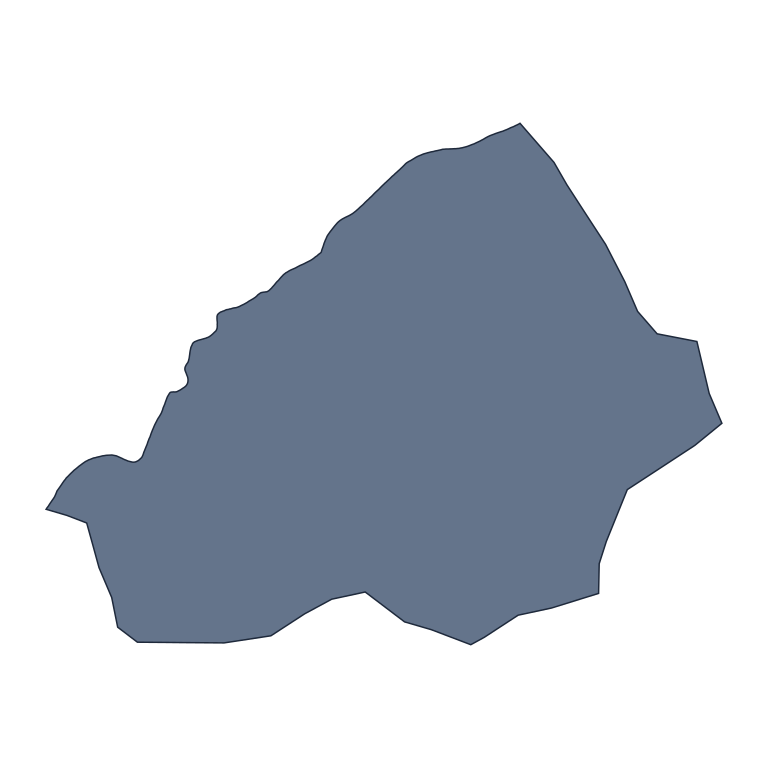 Uiju, P'yŏngan-bukto, North Korea
{"feature_id": "82179303B2030756807209", "entity_name": "Uiju", "entity_type": "district", "adm_level": 2, "iso_a3": "PRK", "parent_name": "North Korea", "parent_adm1": "P'yŏngan-bukto", "projection": "orthographic", "projection_center": [124.548, 40.203], "detail": "fine", "context": "isolated", "style": "filled", "palette": "slate", "viewbox_px": 768, "rotation_deg": 0, "n_neighbors": 0, "source": "geoboundaries", "source_scale": "gbopen_adm2", "svg_char_len": 5754}
<svg xmlns="http://www.w3.org/2000/svg" viewBox="0 0 768 768"><path d="M721.9,423.3L709.2,393.5L696.9,341.5L657.1,333.8L637.6,311.4L624.8,281.7L605.6,244.4L586.2,214.6L566.9,184.8L554.0,162.4L520.0,123.3L519.4,123.7L517.3,124.8L515.5,125.6L513.6,126.6L510.7,127.7L508.7,128.7L506.7,129.6L504.9,130.3L502.8,131.2L500.7,131.8L498.9,132.4L497.4,132.9L495.6,133.5L493.9,134.2L491.7,135.0L489.9,135.7L488.0,136.6L486.3,137.5L484.9,138.3L483.3,139.3L481.7,140.1L479.9,141.1L478.2,141.9L476.2,142.8L474.2,143.8L471.9,144.6L469.7,145.5L467.6,146.3L465.6,146.9L463.6,147.4L462.1,147.8L460.7,148.0L459.0,148.4L457.3,148.5L455.8,148.7L454.3,148.7L452.7,148.8L450.8,148.9L450.1,148.9L448.5,149.0L446.2,149.0L444.3,149.2L442.5,149.3L440.9,149.8L439.0,150.2L437.3,150.6L435.1,151.0L433.4,151.5L431.0,151.9L429.2,152.4L427.5,152.8L425.9,153.3L424.0,153.8L422.4,154.4L421.1,155.0L419.3,155.7L417.9,156.3L416.9,156.8L415.6,157.5L414.2,158.4L412.7,159.3L411.1,160.3L409.6,161.1L408.8,161.5L407.8,162.1L406.6,162.9L405.5,163.8L404.5,164.9L403.3,166.1L402.2,167.2L401.0,168.3L399.7,169.6L398.3,170.8L396.7,172.3L395.3,173.5L393.8,175.0L392.2,176.3L390.7,177.8L389.4,179.1L388.3,180.1L387.3,181.0L386.3,182.0L385.0,183.1L383.8,184.3L382.5,185.5L381.4,186.6L380.2,187.8L379.1,189.0L377.8,190.2L376.8,191.1L375.5,192.3L374.0,193.8L372.4,195.5L371.3,196.6L369.8,197.9L368.5,199.3L367.3,200.3L366.6,201.0L365.2,202.3L363.9,203.7L362.7,204.9L361.4,206.0L359.8,207.4L358.5,208.7L357.1,209.9L355.9,211.0L354.5,212.1L353.1,213.2L351.7,214.1L350.2,215.0L348.7,215.8L347.2,216.5L345.5,217.3L344.0,218.1L342.3,219.0L340.2,220.4L338.7,221.6L337.5,222.7L336.2,224.2L334.9,225.7L333.7,227.2L332.6,228.6L331.4,230.2L330.3,231.5L329.4,232.8L328.4,234.2L327.5,235.5L326.7,237.1L326.1,238.6L325.4,240.0L324.8,241.6L324.1,243.3L323.5,245.3L322.9,247.1L322.3,248.7L321.7,250.4L321.3,252.0L320.9,252.6L320.2,253.2L319.4,253.8L318.4,254.5L317.6,255.3L316.8,256.0L315.5,256.8L314.2,257.9L313.0,258.8L311.7,259.7L310.2,260.6L308.6,261.4L307.2,262.1L305.8,262.8L304.5,263.5L302.8,264.3L301.4,264.9L300.0,265.5L298.5,266.3L296.8,267.2L295.6,267.9L294.0,268.6L292.6,269.2L291.2,269.8L290.0,270.4L288.7,271.1L287.4,272.0L286.0,272.7L284.9,273.6L283.7,274.5L282.9,275.3L282.1,276.2L281.3,277.0L280.6,277.8L279.8,278.7L279.1,279.6L278.3,280.5L277.2,281.5L276.2,282.6L275.4,283.6L274.2,285.1L273.2,286.2L272.2,287.3L271.5,288.2L270.6,289.0L269.7,289.9L268.8,290.7L267.8,291.3L266.8,291.8L265.7,291.9L264.4,292.1L263.4,292.2L262.3,292.4L261.3,292.6L260.4,293.0L259.6,293.6L258.7,294.2L257.8,294.9L256.9,295.9L256.0,296.7L255.2,297.4L254.5,297.8L253.4,298.6L251.8,299.5L250.3,300.4L248.7,301.3L247.2,302.4L245.4,303.4L244.0,304.2L242.5,304.9L241.0,305.6L239.6,306.4L238.3,306.9L237.3,307.3L236.3,307.6L235.2,307.8L234.1,307.9L232.7,308.2L231.5,308.6L230.5,308.9L229.5,309.0L228.5,309.4L227.8,309.5L226.8,309.6L225.9,309.9L225.1,310.3L224.1,310.8L223.0,311.1L221.7,311.7L220.7,312.0L219.9,312.5L219.3,313.0L218.7,313.4L218.1,314.0L217.5,314.8L217.2,315.7L217.0,316.5L217.0,317.4L217.0,318.8L217.1,320.5L217.3,322.1L217.3,323.3L217.2,324.6L217.3,325.8L217.2,327.0L217.1,328.3L216.7,329.3L216.4,330.1L216.0,330.8L215.3,331.5L214.5,332.2L213.8,332.9L212.9,333.8L212.1,334.5L211.3,335.2L210.4,335.9L209.2,336.7L208.1,337.3L206.9,337.7L205.8,338.2L204.3,338.6L202.2,339.2L200.9,339.6L199.9,339.8L198.9,340.1L198.2,340.3L197.2,340.7L196.2,341.1L195.3,341.5L194.5,341.8L193.9,342.3L193.3,342.7L192.9,343.3L192.4,344.0L192.1,344.9L191.7,345.7L191.2,346.7L190.8,347.8L190.6,348.9L190.3,350.2L190.0,351.9L189.8,353.4L189.6,355.0L189.4,356.4L189.2,358.0L188.9,359.2L188.7,359.9L188.5,360.8L188.2,361.7L187.8,362.6L187.2,363.4L186.7,364.1L186.2,364.9L185.7,365.9L185.3,366.7L185.0,367.6L184.9,368.6L184.9,369.0L184.9,369.7L185.1,370.5L185.5,371.6L186.0,372.8L186.4,373.8L186.6,374.5L187.0,375.5L187.5,376.7L187.8,377.9L188.0,379.2L188.0,380.6L187.9,381.8L187.6,383.0L187.3,383.8L186.8,384.7L186.2,385.6L185.6,386.2L184.8,386.9L184.0,387.5L183.0,388.1L182.0,388.8L181.0,389.5L180.0,390.1L179.0,390.6L178.0,391.1L177.1,391.6L176.0,391.9L174.3,392.0L173.6,391.9L172.5,392.0L171.2,392.1L170.3,392.4L169.8,392.9L169.1,393.9L168.3,395.3L167.5,396.6L166.8,398.3L166.2,400.0L165.4,402.1L164.8,404.0L163.9,406.1L163.1,408.0L162.5,410.1L162.1,411.1L161.3,413.1L160.4,414.7L159.4,416.4L158.4,417.9L157.5,419.4L156.6,421.2L155.5,423.3L154.7,424.9L154.0,426.5L153.3,428.2L152.5,430.0L151.9,431.6L151.2,433.3L150.6,435.1L150.0,436.9L149.1,438.7L148.4,440.6L147.8,442.1L147.3,443.8L146.8,445.1L146.1,446.7L145.5,448.2L144.9,449.7L144.3,451.2L143.8,452.3L143.4,453.7L142.9,455.1L142.3,456.4L141.6,457.6L140.6,458.5L139.5,459.6L138.1,460.7L136.7,461.4L135.6,461.9L134.5,462.1L133.1,462.2L131.9,462.0L129.9,461.5L127.9,461.0L126.1,460.2L124.5,459.6L123.2,459.0L122.1,458.4L120.5,457.7L119.2,457.1L117.8,456.5L116.5,455.9L115.1,455.6L113.5,455.3L111.9,455.0L110.2,455.1L108.3,455.2L106.2,455.3L104.5,455.6L102.3,455.9L100.1,456.5L99.2,456.7L96.9,457.2L95.3,457.7L93.5,458.0L92.0,458.6L90.1,459.4L88.6,459.9L87.2,460.7L85.5,461.5L84.1,462.5L82.5,463.6L80.8,464.9L79.0,466.2L77.6,467.4L75.8,468.9L74.0,470.3L72.5,471.8L71.1,473.1L69.7,474.5L68.0,476.3L66.3,477.9L65.3,479.4L64.1,480.8L62.7,482.8L61.3,484.9L60.0,486.8L58.5,488.9L57.0,491.0L56.2,493.1L55.3,495.2L54.4,497.1L53.2,498.9L52.0,500.6L50.7,502.5L49.4,504.4L48.4,506.1L46.9,508.0L46.1,509.3L66.9,515.4L86.7,523.0L92.9,545.3L99.0,567.6L111.7,597.5L117.6,626.8L117.7,627.2L137.4,642.2L164.0,642.4L184.0,642.6L224.1,642.9L270.9,635.8L304.7,613.8L331.7,599.2L365.2,592.0L404.6,621.9L431.1,629.6L470.8,644.7L484.3,637.3L518.1,615.2L551.6,608.0L598.6,593.4L599.2,563.7L606.3,541.5L627.3,489.6L661.1,467.5L694.8,445.4L721.9,423.3Z" fill="#64748b" stroke="#1e293b" stroke-width="1.5"/></svg>